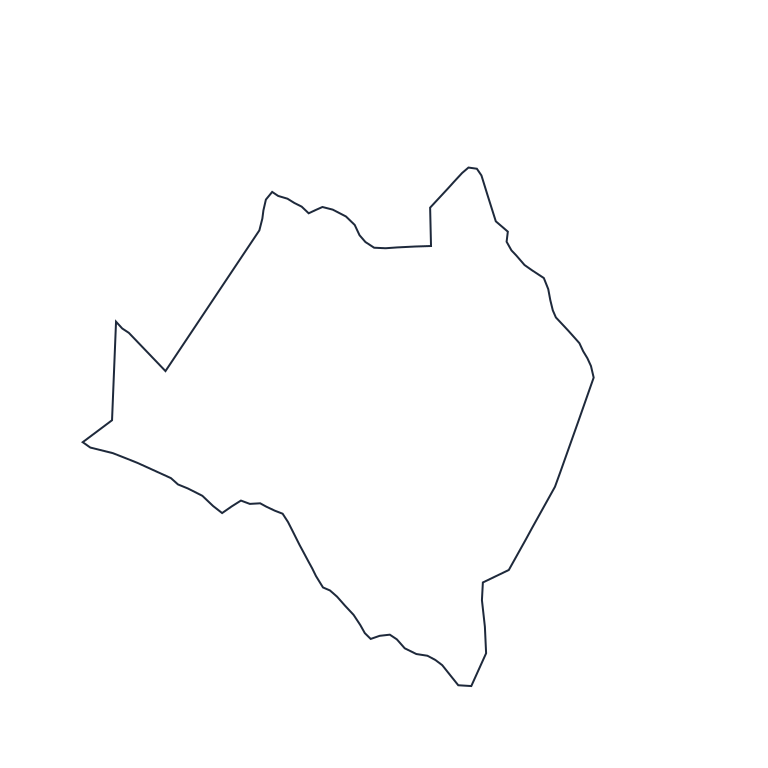 the district of Chorozinho, Ceará, Brazil, rotated 217°
{"feature_id": "56859067B36373941444701", "entity_name": "Chorozinho", "entity_type": "district", "adm_level": 2, "iso_a3": "BRA", "parent_name": "Brazil", "parent_adm1": "Ceará", "projection": "mercator", "projection_center": [-38.468, -4.314], "detail": "fine", "context": "isolated", "style": "outline", "palette": "slate", "viewbox_px": 768, "rotation_deg": 217, "n_neighbors": 0, "source": "geoboundaries", "source_scale": "gbopen_adm2", "svg_char_len": 1498}
<svg xmlns="http://www.w3.org/2000/svg" viewBox="0 0 768 768"><g transform="rotate(217 384 384)"><path d="M220.4,515.3L229.5,522.9L237.1,527.0L244.6,530.0L252.5,534.2L261.4,536.0L269.0,537.5L278.1,539.1L286.8,540.6L293.5,544.4L301.7,551.1L309.9,558.6L320.1,564.8L334.1,563.9L343.4,563.6L355.9,566.3L362.6,567.4L371.7,571.4L376.8,580.2L392.6,581.2L414.5,596.8L431.7,609.2L439.4,611.8L446.8,607.7L448.6,599.5L449.8,587.7L450.6,578.7L453.3,552.6L429.5,522.5L441.8,512.6L455.8,500.9L464.4,493.4L473.9,486.9L484.3,486.2L493.1,488.1L503.1,493.4L515.2,494.9L529.9,492.4L539.7,488.3L543.3,481.8L546.9,475.0L556.5,476.1L564.7,474.6L572.6,473.9L581.7,470.5L588.9,470.1L589.3,460.2L584.8,450.1L580.7,442.9L576.0,431.7L573.5,387.8L566.3,262.8L618.6,271.3L626.5,270.8L635.5,272.5L579.4,191.4L589.6,156.2L580.3,156.5L558.9,165.6L546.7,169.0L533.5,172.6L497.5,180.6L488.1,179.8L477.9,182.5L461.8,185.4L447.1,183.7L435.6,183.5L432.0,194.5L428.1,204.8L419.0,207.5L411.1,214.2L404.2,215.2L395.0,217.1L386.9,219.4L377.6,216.0L368.2,211.4L354.7,204.7L345.8,200.6L337.4,196.7L330.3,193.5L322.8,189.7L310.3,184.8L302.9,186.6L293.5,185.9L281.8,183.5L269.3,181.3L257.8,177.2L249.4,173.5L241.2,172.4L235.9,180.3L228.5,187.3L220.1,187.8L208.4,185.4L195.7,187.8L185.8,193.1L176.9,194.5L168.3,194.5L155.5,191.2L143.4,188.1L132.5,195.3L140.4,230.4L157.3,250.8L175.7,270.3L185.6,285.0L172.4,310.6L177.2,345.4L179.1,358.1L185.6,404.8L190.1,419.5L206.6,472.0L220.4,515.3Z" fill="none" stroke="#1e293b" stroke-width="2"/></g></svg>